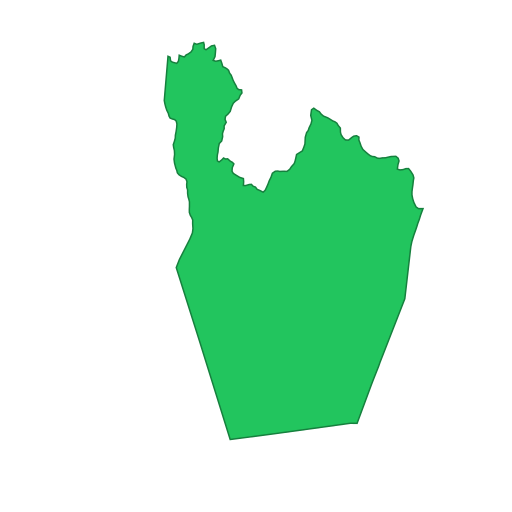 Teixeira de Freitas, Bahia, Brazil, rotated 22°
{"feature_id": "56859067B64660770353607", "entity_name": "Teixeira de Freitas", "entity_type": "district", "adm_level": 2, "iso_a3": "BRA", "parent_name": "Brazil", "parent_adm1": "Bahia", "projection": "equal_earth", "projection_center": [-39.873, -17.43], "detail": "fine", "context": "isolated", "style": "filled", "palette": "green", "viewbox_px": 512, "rotation_deg": 22, "n_neighbors": 0, "source": "geoboundaries", "source_scale": "gbopen_adm2", "svg_char_len": 3216}
<svg xmlns="http://www.w3.org/2000/svg" viewBox="0 0 512 512"><g transform="rotate(22 256 256)"><path d="M393.1,149.5L389.0,151.2L386.1,150.6L382.3,147.2L379.9,144.3L377.7,140.9L376.5,137.9L375.8,135.3L374.8,131.2L373.6,127.0L373.1,124.5L371.2,122.0L367.6,119.4L364.7,117.8L362.3,118.8L360.0,120.8L357.2,122.3L354.5,122.5L353.4,118.2L353.0,114.3L351.2,112.1L348.3,111.2L343.9,113.2L341.0,115.2L339.2,116.5L336.4,117.7L334.2,119.1L332.0,119.8L328.8,119.5L326.5,120.2L324.3,120.2L321.7,119.5L319.0,118.6L315.2,117.2L312.4,114.9L310.1,112.2L307.9,109.9L306.9,107.2L304.2,106.8L301.7,108.3L300.3,110.4L298.4,113.9L295.4,114.9L292.3,113.7L289.3,111.5L287.9,109.5L286.3,105.8L283.3,104.2L281.3,102.6L278.9,102.0L276.5,102.0L273.8,101.5L270.8,101.0L268.4,101.0L266.2,101.0L263.2,100.0L260.7,98.5L257.8,98.2L254.2,97.3L252.7,99.6L253.4,102.5L254.1,105.2L257.0,109.2L257.5,112.9L257.2,117.2L257.4,120.1L256.7,122.6L257.2,127.4L259.4,133.8L259.6,137.2L259.6,141.2L257.4,144.2L255.6,146.7L256.2,150.2L256.7,153.4L256.8,156.0L255.4,159.9L254.8,162.9L253.1,165.9L249.6,167.2L246.4,168.7L244.3,169.1L242.1,170.2L240.2,173.1L240.4,177.4L240.1,181.2L240.2,184.8L240.1,188.3L239.9,191.6L238.7,194.2L236.2,193.9L234.3,193.8L232.1,193.8L229.7,192.3L227.2,192.4L224.9,191.3L223.0,192.2L220.0,194.6L217.9,195.4L216.8,191.9L215.3,188.9L211.4,189.2L208.3,188.7L206.0,188.3L204.0,187.9L202.0,186.4L200.9,182.9L201.0,178.9L199.1,178.0L196.6,177.7L193.3,176.5L191.4,177.5L189.2,177.3L188.3,179.6L186.6,182.6L184.6,182.3L183.3,179.9L182.3,176.7L181.8,173.8L180.6,169.9L179.8,165.5L181.1,162.2L180.4,157.9L179.1,155.2L178.8,152.6L178.8,149.9L177.7,147.3L178.3,143.2L176.1,140.9L175.4,137.9L176.9,134.8L177.9,131.6L177.5,126.8L177.7,122.9L178.8,120.3L181.1,116.8L181.1,112.9L181.9,110.1L180.4,107.4L177.7,108.2L175.6,107.6L173.9,105.8L170.8,103.3L168.8,101.5L167.1,99.6L165.2,97.6L163.1,96.4L161.0,94.1L158.8,93.3L156.8,93.0L154.3,92.9L152.2,90.2L149.9,87.6L147.9,89.1L145.7,90.5L143.0,90.7L143.3,86.5L142.2,82.7L141.0,78.9L138.6,76.2L136.0,77.9L134.3,80.6L132.4,83.5L130.3,83.2L128.8,79.5L127.4,77.6L124.8,79.4L121.8,81.9L119.0,81.9L119.1,85.2L120.0,88.0L119.3,91.2L117.5,94.0L115.9,95.7L115.0,98.3L112.2,98.6L109.6,98.6L110.5,101.6L111.1,104.6L110.3,107.1L108.2,107.3L105.9,107.6L103.7,107.1L101.9,103.9L99.6,103.8L112.7,146.2L114.5,149.0L116.4,151.6L118.6,154.2L121.2,156.5L123.0,158.9L124.7,160.3L127.2,160.3L129.4,160.0L131.5,160.8L133.2,163.2L134.3,166.5L135.3,170.5L136.0,174.2L137.0,177.0L137.4,180.5L137.6,183.8L139.0,186.2L140.9,188.9L142.5,192.4L143.7,196.9L145.6,200.3L147.3,202.6L148.8,204.6L150.5,206.3L151.9,208.3L154.1,209.5L157.0,210.1L159.8,210.2L162.3,210.9L164.2,213.0L164.9,215.6L166.1,218.3L167.8,220.3L169.1,223.5L170.8,226.5L172.6,228.7L174.0,230.7L175.7,234.9L176.7,237.7L177.9,240.6L180.0,243.0L181.8,244.3L183.8,246.3L185.2,249.9L187.3,254.2L188.4,258.5L188.3,265.2L186.3,287.9L186.4,296.6L236.2,356.9L300.8,435.8L339.1,414.2L406.2,375.7L412.4,373.3L411.2,332.2L411.1,326.3L411.0,312.1L410.8,308.2L410.0,239.9L396.0,189.2L395.1,184.2L394.8,180.9L394.5,177.1L394.4,174.5L394.3,171.8L394.1,168.5L393.8,165.1L393.7,161.0L393.3,156.2L393.2,152.8L393.1,149.5Z" fill="#22c55e" stroke="#15803d" stroke-width="1.5"/></g></svg>